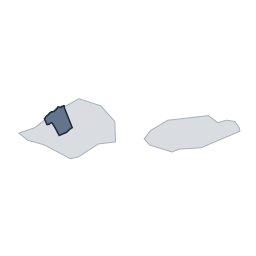 location of Gagaifomauga III, Gaga'ifomauga, Samoa, rotated 337°
{"feature_id": "51752279B86884772728329", "entity_name": "Gagaifomauga III", "entity_type": "district", "adm_level": 2, "iso_a3": "WSM", "parent_name": "Samoa", "parent_adm1": "Gaga'ifomauga", "projection": "albers", "projection_center": [-172.519, -13.545], "detail": "fine", "context": "in_parent", "style": "filled", "palette": "slate", "viewbox_px": 256, "rotation_deg": 337, "n_neighbors": 0, "source": "geoboundaries", "source_scale": "gbopen_adm2", "svg_char_len": 2223}
<svg xmlns="http://www.w3.org/2000/svg" viewBox="0 0 256 256"><g transform="rotate(337 128 128)"><path d="M94.3,81.9L111.6,97.0L118.4,116.9L111.0,135.9L94.6,131.1L70.9,135.2L63.0,133.8L44.0,110.5L30.8,100.0L25.5,90.1L42.3,91.3L66.8,84.7L94.3,81.9ZM229.8,174.7L187.5,174.7L166.7,167.4L159.2,167.3L141.3,152.2L138.6,144.3L148.0,139.1L167.6,136.4L206.8,148.0L212.7,158.2L221.8,159.3L228.8,163.7L230.5,170.9L229.8,174.7Z" fill="#d9dde1" stroke="#a8b0b8" stroke-width="1"/><path d="M77.9,82.5L77.8,82.4L77.6,82.4L77.4,82.4L77.2,82.4L76.9,82.4L76.7,82.5L76.4,82.6L76.2,82.5L76.1,82.4L76.0,82.5L75.9,82.4L75.7,82.2L75.4,82.2L75.1,82.3L74.9,82.4L74.8,82.5L74.7,82.5L74.3,82.5L74.2,82.5L73.9,82.4L73.9,82.5L73.8,82.4L73.7,82.4L73.4,82.3L73.4,82.2L73.2,82.1L72.9,81.9L72.7,81.8L72.6,81.7L72.4,81.5L72.3,81.4L72.2,81.4L71.9,81.4L71.7,81.3L71.4,81.3L71.2,81.4L71.2,81.5L70.9,81.7L70.9,81.8L70.8,82.0L70.7,82.0L70.5,82.3L70.4,82.3L70.1,82.4L69.9,82.4L69.8,82.5L69.7,82.4L69.4,82.4L69.3,82.5L69.2,82.5L69.1,82.8L69.0,83.0L68.9,83.0L68.7,83.1L68.4,83.1L68.2,83.1L67.9,83.1L67.7,83.1L67.4,83.2L67.4,83.3L67.2,83.4L67.0,83.6L66.9,83.7L66.7,83.7L66.7,83.8L66.4,83.9L66.2,83.9L66.0,83.7L65.9,83.7L65.7,83.6L65.4,83.6L65.2,83.6L64.9,83.6L64.7,83.6L64.4,83.5L64.4,83.4L64.2,83.3L64.1,83.2L64.0,83.3L63.9,83.2L63.7,83.2L63.4,83.3L63.2,83.3L63.0,83.5L62.8,83.5L62.7,83.5L62.4,83.5L62.2,83.5L61.9,83.5L61.7,83.6L61.4,83.7L61.4,83.8L61.2,83.9L61.0,84.0L60.9,84.1L60.6,84.2L60.6,84.3L60.6,84.2L60.6,84.3L60.4,84.5L60.2,84.5L59.8,84.6L59.7,84.6L59.4,84.7L59.2,84.7L59.1,84.8L58.9,84.8L58.7,84.8L58.4,84.9L58.3,85.0L58.2,85.0L57.9,85.2L57.8,85.3L57.7,85.3L57.4,85.4L57.2,85.5L56.9,85.5L56.7,85.6L56.4,85.7L56.3,85.8L56.2,85.8L56.1,86.0L55.9,86.1L55.7,86.3L55.6,86.5L55.4,86.7L55.2,86.8L54.9,86.9L54.7,86.9L54.7,93.0L54.8,93.0L54.9,93.3L55.1,93.3L55.4,93.4L55.5,93.4L55.7,93.5L55.8,93.5L56.0,93.6L56.3,93.6L56.5,93.6L56.7,93.8L57.1,93.7L57.5,93.5L57.9,93.4L58.2,93.3L58.3,93.3L58.5,93.3L58.8,93.3L59.3,93.3L59.5,93.3L59.9,93.4L60.1,93.5L60.6,96.6L61.1,100.5L61.7,108.0L62.9,108.0L64.4,108.0L66.3,108.0L68.5,108.0L69.1,108.0L70.0,108.0L72.4,106.9L75.1,106.1L76.8,105.9L77.3,84.5L77.9,82.5Z" fill="#64748b" stroke="#1e293b" stroke-width="1.5"/></g></svg>